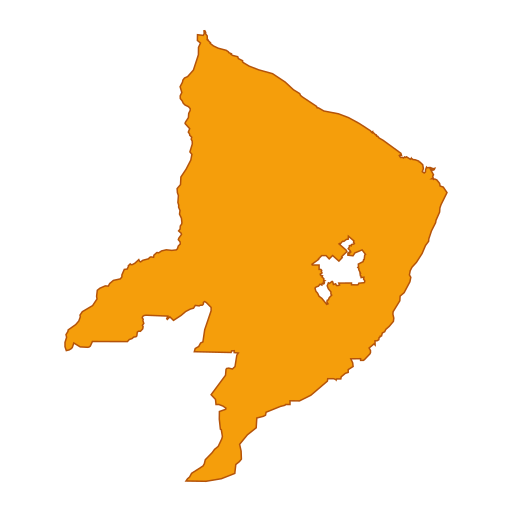 the district of Serdang Bedagai, Sumatera Utara, Indonesia
{"feature_id": "22746128B52277249956552", "entity_name": "Serdang Bedagai", "entity_type": "district", "adm_level": 2, "iso_a3": "IDN", "parent_name": "Indonesia", "parent_adm1": "Sumatera Utara", "projection": "orthographic", "projection_center": [99.078, 3.349], "detail": "fine", "context": "isolated", "style": "filled", "palette": "amber", "viewbox_px": 512, "rotation_deg": 0, "n_neighbors": 0, "source": "geoboundaries", "source_scale": "gbopen_adm2", "svg_char_len": 6060}
<svg xmlns="http://www.w3.org/2000/svg" viewBox="0 0 512 512"><path d="M389.2,326.4L393.4,321.4L393.8,318.1L392.9,314.2L393.1,311.7L399.8,300.8L400.1,296.1L404.1,292.7L409.9,281.8L410.8,277.3L409.4,274.9L410.2,270.7L412.0,267.2L416.4,262.4L422.1,253.5L425.5,245.5L428.6,241.3L428.8,238.9L431.5,230.8L435.6,222.7L436.0,220.3L439.6,212.1L439.9,207.9L441.1,204.5L447.0,192.6L443.3,187.1L440.1,186.0L439.6,183.4L436.8,179.9L434.7,179.0L433.5,179.4L433.3,178.7L431.8,178.7L433.1,177.8L432.7,176.1L433.5,174.8L430.3,168.9L432.3,170.1L433.2,170.1L434.2,169.6L434.8,168.3L433.2,168.7L430.2,167.5L426.9,167.7L426.5,167.2L425.5,169.9L425.5,171.9L424.2,173.0L422.3,171.7L423.4,168.6L422.7,164.7L420.0,162.1L419.3,162.0L418.8,161.1L415.3,159.8L412.8,159.5L412.1,158.8L411.3,158.9L411.2,158.3L410.4,159.3L406.5,156.8L405.7,157.4L404.6,156.9L403.6,158.0L402.3,157.4L400.5,157.5L399.3,155.5L400.5,154.7L400.9,155.4L401.5,155.4L400.9,153.3L383.1,140.3L379.1,138.0L377.6,136.2L376.7,136.2L376.3,134.9L375.7,134.9L373.2,132.5L372.6,132.8L372.6,131.6L371.5,132.2L370.5,130.8L359.3,123.5L348.5,117.6L338.5,113.8L323.9,111.0L318.5,107.9L317.1,107.8L316.6,106.4L302.3,96.9L300.5,95.4L299.7,93.6L293.4,89.7L285.1,82.0L272.6,73.7L258.6,69.8L249.1,66.1L243.3,62.6L242.5,61.8L242.6,60.7L238.4,58.6L237.7,56.7L232.6,55.4L230.9,54.2L231.3,53.7L228.7,52.6L228.5,51.9L226.2,50.3L218.2,48.2L213.4,45.9L210.2,43.4L210.5,42.8L207.5,40.0L208.0,39.9L207.3,39.0L207.2,35.9L205.5,33.6L205.7,32.4L204.8,30.7L204.0,30.8L204.2,33.6L203.2,35.4L197.5,34.7L197.4,40.5L200.5,43.0L198.5,47.4L198.4,54.8L193.4,70.1L187.6,76.6L184.5,78.0L182.9,80.1L182.5,82.1L180.1,86.7L181.8,92.5L180.2,95.9L180.3,98.6L182.2,100.9L183.3,103.3L185.0,105.0L188.5,106.7L190.2,108.6L190.2,110.3L188.7,113.4L188.4,117.6L185.3,122.4L185.1,123.6L189.7,128.7L188.3,132.1L189.6,134.0L189.7,135.2L191.7,137.2L191.2,139.2L192.2,141.1L192.3,144.0L189.9,151.9L191.9,154.3L190.8,160.1L186.1,169.2L180.9,177.0L180.5,184.6L177.1,188.6L177.4,192.7L178.4,195.5L177.9,202.5L178.7,205.1L178.6,207.2L180.0,210.5L179.5,214.1L181.4,218.2L181.9,222.5L181.7,224.0L180.3,226.0L180.1,229.1L178.6,230.9L181.2,233.3L181.5,234.4L178.8,238.2L178.3,239.7L180.1,241.8L180.3,244.0L178.3,246.0L177.4,248.8L176.3,249.9L171.8,250.4L166.3,249.8L161.6,250.9L158.7,252.8L157.0,252.5L156.3,253.0L153.9,255.2L153.6,257.3L150.9,256.9L149.6,257.5L148.5,258.8L142.8,260.3L140.6,261.9L139.6,261.4L138.8,259.6L134.9,263.2L132.6,264.5L131.0,264.7L130.2,263.9L128.3,265.8L128.4,266.6L127.1,269.1L124.3,269.4L121.9,274.9L121.9,276.9L120.3,278.9L113.4,280.4L109.7,283.5L108.3,286.1L105.2,285.9L99.9,288.2L97.3,290.3L96.6,296.3L97.0,299.0L92.6,305.6L82.3,311.7L80.0,315.1L80.3,316.9L78.8,321.0L75.7,324.6L68.2,329.9L67.9,331.5L66.0,334.6L66.6,337.3L65.0,342.4L65.0,346.7L66.3,350.6L69.2,349.9L71.3,348.6L72.3,347.5L73.8,343.0L80.2,346.9L87.8,347.3L89.1,347.0L90.3,346.1L92.4,341.5L127.4,341.6L129.3,339.5L132.0,338.6L133.7,337.1L136.0,336.7L136.8,335.9L137.3,332.1L138.6,331.2L140.4,331.3L142.7,328.9L143.1,326.7L142.4,325.3L143.8,323.4L142.9,320.7L143.2,319.2L142.2,317.8L142.7,316.5L143.8,315.6L145.8,315.2L168.0,316.1L168.0,316.9L167.6,316.9L166.7,318.6L167.3,319.4L169.9,316.9L173.5,320.4L181.1,315.4L185.7,311.5L190.5,309.0L193.5,308.2L195.3,305.4L199.2,305.9L200.2,305.3L202.5,305.1L203.4,304.0L203.4,302.4L204.7,301.5L206.4,302.6L211.1,307.4L211.1,310.8L204.7,329.7L202.9,341.9L200.6,343.0L198.7,346.5L195.2,348.5L194.3,351.7L231.1,352.5L231.6,350.9L234.2,350.7L234.2,352.6L238.3,353.0L236.8,355.2L235.0,366.6L232.4,369.0L228.7,368.1L226.6,368.5L226.0,369.5L225.5,375.3L211.1,394.7L215.5,399.4L216.0,404.5L218.9,404.5L223.0,406.1L225.9,408.1L225.8,409.1L225.1,409.5L219.4,411.5L219.3,419.2L220.4,429.2L221.3,429.7L222.4,436.4L221.8,438.8L218.2,446.4L214.6,449.3L212.2,452.6L205.3,459.7L204.3,463.8L203.0,466.0L191.6,473.3L189.6,477.0L187.5,478.8L186.0,481.0L206.0,481.3L221.4,478.7L234.8,473.4L235.8,464.5L239.4,461.6L241.4,459.1L241.1,451.1L239.6,444.3L247.4,434.8L256.2,427.8L256.8,418.0L263.4,416.3L265.5,415.2L266.1,412.2L267.4,411.7L280.5,406.4L284.9,405.3L285.6,404.5L290.0,404.5L290.0,400.8L299.5,400.9L310.9,395.2L327.4,381.1L327.7,378.7L333.6,378.7L336.0,379.6L336.2,380.0L336.8,378.9L340.8,378.9L341.2,376.8L345.4,373.3L348.2,372.4L348.2,369.6L353.1,366.5L352.7,362.9L350.8,358.8L360.6,358.7L360.6,360.4L363.4,360.4L364.5,359.6L369.9,353.9L370.5,352.6L370.5,350.5L369.1,348.0L374.0,343.9L375.1,345.0L375.0,340.8L377.0,340.8L378.8,339.7L379.1,337.6L380.2,336.8L380.2,336.2L381.5,336.0L382.3,333.0L384.7,331.7L385.8,329.4L389.2,326.4ZM348.4,236.2L353.9,240.9L353.5,242.2L354.4,243.3L353.9,244.0L351.6,244.5L351.2,245.8L350.2,245.4L349.3,245.8L349.4,247.0L348.2,248.7L350.3,250.8L350.7,251.9L349.9,252.0L350.0,252.8L349.2,252.9L349.2,252.2L348.6,252.7L348.9,253.5L347.9,253.3L347.9,255.2L353.0,255.8L354.9,252.9L362.1,249.9L365.5,254.4L364.7,255.1L364.2,259.5L363.6,259.7L363.1,261.6L358.3,264.1L358.5,266.6L357.8,267.5L358.8,268.2L358.8,269.7L360.4,273.0L360.0,273.0L360.4,275.8L361.0,276.1L361.1,277.6L363.9,277.2L363.6,279.3L364.7,280.5L364.7,281.9L364.1,282.7L358.8,283.2L358.3,284.5L357.4,284.9L351.5,284.8L351.5,283.0L338.8,283.1L339.6,285.0L338.0,285.6L336.5,285.5L335.6,283.8L333.4,284.5L332.8,282.0L332.1,281.4L329.5,283.3L328.4,282.8L327.2,285.8L328.3,288.7L330.9,291.9L330.9,294.0L331.7,295.1L329.2,297.7L328.4,299.8L327.2,300.3L326.9,302.0L328.0,303.8L326.7,304.4L321.9,298.4L319.0,296.2L317.6,293.2L315.9,291.3L315.0,288.1L316.2,286.9L318.4,286.2L320.0,284.2L321.9,285.1L322.2,283.3L322.9,283.1L323.6,283.9L324.1,283.6L324.4,282.5L323.6,281.3L324.8,280.7L323.7,280.2L323.8,278.6L322.1,277.1L322.5,275.8L321.2,275.7L320.3,274.8L320.4,273.8L321.7,273.5L322.0,272.8L321.3,271.5L321.7,270.4L320.8,269.4L319.1,269.4L319.1,265.0L312.3,265.0L312.0,264.2L318.6,259.4L318.4,259.0L321.7,255.6L326.1,255.6L329.2,258.9L332.6,255.5L338.9,261.1L342.2,257.6L341.6,256.9L342.4,255.9L346.9,251.6L346.1,250.1L339.0,243.9L339.5,243.5L340.1,244.1L342.5,241.3L343.8,241.4L346.4,239.4L348.2,239.2L348.4,236.2Z" fill="#f59e0b" stroke="#b45309" stroke-width="1.5"/></svg>